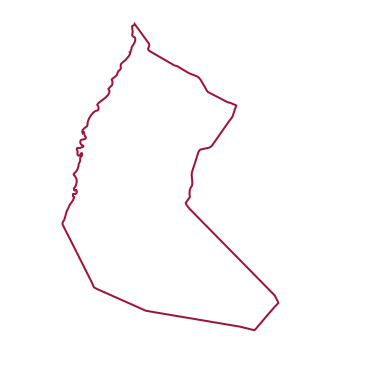 Alto Paraguay, Equal Earth projection, rotated 205°
{"feature_id": "PRY-597", "entity_name": "Alto Paraguay", "entity_type": "Department", "adm_level": 1, "iso_a3": "PRY", "parent_name": "Paraguay", "parent_adm1": "", "projection": "equal_earth", "projection_center": [-58.696, -20.855], "detail": "fine", "context": "isolated", "style": "outline", "palette": "rose", "viewbox_px": 384, "rotation_deg": 205, "n_neighbors": 0, "source": "natural_earth", "source_scale": "10m", "svg_char_len": 3274}
<svg xmlns="http://www.w3.org/2000/svg" viewBox="0 0 384 384"><g transform="rotate(205 192 192)"><path d="M296.5,136.0L296.5,137.3L296.8,137.6L297.3,137.5L297.8,137.6L298.2,138.2L298.8,139.1L298.9,140.0L296.7,141.0L296.2,142.4L296.6,143.9L297.8,144.9L298.1,144.8L298.4,144.3L298.8,143.8L299.4,143.8L299.8,144.1L300.3,144.7L300.6,145.5L300.0,147.8L300.2,149.8L300.6,151.9L301.1,153.2L302.0,154.7L303.3,155.9L304.7,156.9L305.8,157.2L306.7,157.9L306.6,159.3L305.6,161.7L305.5,163.4L305.5,165.5L305.8,167.4L306.5,169.4L306.5,170.3L306.5,172.1L306.6,173.2L307.4,174.8L307.7,175.7L307.7,176.6L307.2,178.2L307.2,179.1L307.6,180.0L308.2,180.6L308.7,180.5L309.3,177.7L310.1,177.0L311.1,177.2L311.9,178.0L312.1,178.5L312.5,179.7L312.7,180.2L313.1,180.7L314.0,181.5L314.6,182.2L314.7,183.0L314.3,183.6L313.5,184.0L312.2,184.3L311.7,184.8L311.1,185.8L310.1,186.6L309.7,187.4L310.1,187.9L311.6,188.0L312.9,188.4L313.9,189.2L314.6,190.5L314.7,191.9L314.1,192.8L311.6,194.5L311.0,195.6L311.2,196.5L311.6,196.9L312.1,197.1L312.2,197.3L312.5,197.3L313.9,198.7L315.3,200.6L315.7,200.6L316.0,199.2L317.1,200.4L317.2,202.2L316.6,204.1L315.0,207.3L315.0,208.4L316.0,210.9L316.4,214.6L316.1,218.4L315.2,221.8L313.9,224.4L312.1,226.0L311.8,226.6L311.8,227.6L312.1,228.3L312.4,228.7L312.6,229.2L313.1,230.0L314.1,230.4L314.8,231.2L314.3,233.3L310.2,241.2L309.3,243.9L309.0,245.6L309.1,247.5L309.6,248.9L310.7,249.5L311.3,250.2L310.8,251.8L310.1,253.7L309.6,255.1L309.9,256.4L310.5,257.9L311.3,259.1L311.9,259.5L312.3,260.3L309.6,265.8L309.7,267.3L309.9,268.8L309.8,270.4L309.0,272.2L308.6,273.6L309.1,274.7L310.0,276.1L310.4,277.9L310.2,278.9L308.7,282.3L308.2,283.0L308.0,283.8L306.7,288.5L306.6,289.7L306.6,290.9L306.7,291.7L307.5,292.3L307.0,293.0L307.4,296.4L307.9,297.7L307.2,302.8L307.4,304.7L307.9,306.5L308.5,307.5L309.4,308.0L311.0,308.0L312.1,308.4L312.7,309.2L313.3,311.9L316.1,316.3L316.3,317.2L315.2,318.5L314.8,319.1L315.0,320.0L294.1,308.5L293.2,307.8L292.7,307.0L292.3,303.1L291.5,302.3L289.9,301.8L261.5,299.3L258.3,299.8L245.4,298.4L236.0,298.9L235.1,298.8L233.6,298.3L231.3,297.1L224.5,292.4L221.5,290.2L219.8,289.4L197.9,288.4L194.6,289.0L189.0,289.2L188.4,289.0L188.2,288.1L188.2,285.6L187.2,278.2L187.2,277.4L187.3,276.3L188.1,273.1L193.5,242.5L193.8,241.7L194.1,241.0L195.0,239.7L196.0,238.8L202.1,234.2L202.4,233.8L202.6,233.5L202.7,233.2L202.8,232.8L202.9,232.2L203.0,231.5L203.0,230.7L200.4,209.8L199.8,208.1L199.5,207.3L196.2,201.6L194.9,198.8L194.8,198.2L194.7,197.5L195.0,195.4L195.0,194.7L194.9,194.0L194.6,192.0L194.2,191.0L193.5,189.3L192.2,187.2L192.0,186.8L191.9,186.3L191.9,185.9L193.1,179.6L191.5,178.0L187.3,175.8L73.3,133.2L67.6,128.7L66.8,127.8L67.2,126.8L67.9,124.6L68.7,122.5L70.4,116.5L72.1,110.5L73.7,104.5L75.4,98.4L76.5,94.4L77.0,93.4L78.0,92.9L83.4,91.9L84.7,91.6L87.6,91.0L90.5,90.5L91.8,90.2L112.4,84.5L133.1,78.8L153.7,73.1L174.4,67.4L183.6,64.9L188.6,64.8L200.1,64.6L211.6,64.4L223.2,64.2L234.7,64.0L239.6,64.0L240.9,64.4L242.7,66.0L244.4,67.6L247.5,70.0L253.2,74.5L258.9,79.0L264.6,83.5L270.3,88.0L276.0,92.5L281.7,97.0L287.4,101.4L293.1,105.9L295.5,107.8L296.1,108.8L296.3,109.9L296.1,112.6L296.3,115.3L297.3,120.0L297.5,122.5L297.3,124.3L297.4,127.8L297.3,129.5L296.4,133.8L296.5,136.0Z" fill="none" stroke="#9f1239" stroke-width="2"/></g></svg>